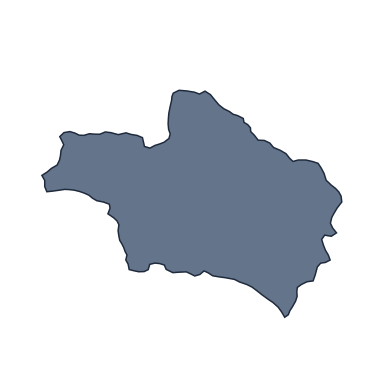 the district of Congonhal, Minas Gerais, Brazil, rotated 283°
{"feature_id": "56859067B12775291475063", "entity_name": "Congonhal", "entity_type": "district", "adm_level": 2, "iso_a3": "BRA", "parent_name": "Brazil", "parent_adm1": "Minas Gerais", "projection": "natural_earth1", "projection_center": [-46.043, -22.132], "detail": "fine", "context": "isolated", "style": "filled", "palette": "slate", "viewbox_px": 384, "rotation_deg": 283, "n_neighbors": 0, "source": "geoboundaries", "source_scale": "gbopen_adm2", "svg_char_len": 2150}
<svg xmlns="http://www.w3.org/2000/svg" viewBox="0 0 384 384"><g transform="rotate(283 192 192)"><path d="M184.7,342.0L188.5,337.2L192.7,333.9L198.6,333.9L202.7,335.0L209.0,337.0L216.0,340.2L221.5,338.2L225.1,335.0L227.8,331.0L230.0,326.2L233.6,320.1L239.9,316.4L244.4,312.5L248.3,308.4L248.8,303.0L248.8,295.8L247.1,288.4L244.5,283.5L246.7,279.7L250.4,275.1L252.4,268.9L253.7,261.4L257.2,256.8L258.5,250.8L257.4,244.8L261.3,240.0L264.1,235.6L267.7,234.5L270.2,231.1L271.5,227.0L275.2,225.4L276.7,219.3L277.0,214.5L278.8,210.4L280.3,204.2L282.9,198.7L286.7,193.6L291.0,188.1L293.2,182.0L289.1,177.2L289.8,171.9L289.3,164.3L288.2,156.5L284.1,151.5L280.4,151.0L276.7,151.5L270.2,151.5L263.4,151.7L258.0,152.5L253.0,153.4L247.8,155.1L243.7,157.7L239.0,157.5L234.2,153.6L231.3,149.3L229.1,145.5L225.3,141.1L225.7,135.4L229.3,133.7L233.8,131.5L234.8,125.8L234.4,119.8L234.8,114.4L231.3,107.2L231.6,99.8L231.0,94.0L227.5,89.1L226.4,83.7L225.7,78.9L222.9,74.0L222.0,69.4L223.1,64.5L223.4,59.4L221.1,53.9L216.2,50.7L213.0,53.4L209.2,56.4L203.1,55.0L197.5,55.7L193.2,55.7L187.9,54.5L183.4,49.7L178.9,46.4L174.4,42.0L170.1,45.9L164.1,47.3L159.6,50.5L161.5,56.0L163.8,62.0L165.9,67.3L166.7,71.7L167.3,76.9L167.2,82.5L166.7,87.2L165.7,92.3L163.5,96.6L162.1,101.2L162.3,108.1L161.5,114.2L157.8,115.8L151.8,115.0L149.3,121.5L146.9,125.5L143.7,128.1L137.6,128.7L132.2,130.8L128.6,132.5L125.7,135.3L122.5,138.0L119.0,140.2L116.0,142.8L110.9,142.8L107.3,146.0L102.3,148.2L102.2,153.0L102.3,158.0L103.7,163.3L106.5,166.8L112.0,167.1L114.4,171.9L115.0,176.8L114.6,181.5L110.8,184.2L109.1,191.5L110.9,197.2L112.9,204.4L112.0,208.7L110.8,213.6L113.4,218.2L117.8,221.5L116.9,225.9L115.0,231.1L115.4,237.4L116.0,243.9L116.4,253.1L115.0,258.6L114.2,266.3L112.8,272.0L110.4,277.4L107.7,283.1L104.9,289.6L102.5,295.8L99.2,301.8L95.2,306.4L90.8,310.5L94.0,313.4L98.4,314.1L103.1,315.8L109.0,317.5L114.0,317.9L118.7,316.5L122.7,316.1L126.5,319.4L130.4,324.2L132.6,330.0L138.7,330.7L147.2,331.0L151.6,333.4L153.4,337.9L156.8,341.9L161.1,339.1L165.3,335.1L169.5,332.2L175.0,329.0L179.8,331.0L180.2,337.7L184.7,342.0Z" fill="#64748b" stroke="#1e293b" stroke-width="1.5"/></g></svg>